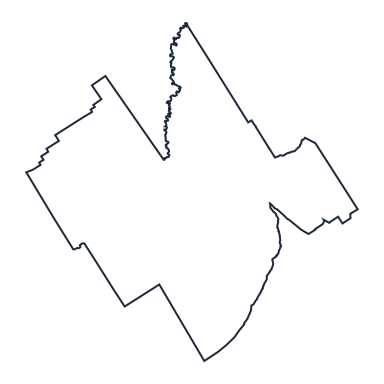 Pilar, Buenos Aires, Argentina
{"feature_id": "61730980B18176537921134", "entity_name": "Pilar", "entity_type": "district", "adm_level": 2, "iso_a3": "ARG", "parent_name": "Argentina", "parent_adm1": "Buenos Aires", "projection": "albers", "projection_center": [-58.875, -34.443], "detail": "fine", "context": "isolated", "style": "outline", "palette": "slate", "viewbox_px": 384, "rotation_deg": 0, "n_neighbors": 0, "source": "geoboundaries", "source_scale": "gbopen_adm2", "svg_char_len": 5936}
<svg xmlns="http://www.w3.org/2000/svg" viewBox="0 0 384 384"><path d="M308.5,234.0L315.2,229.8L314.9,229.3L322.6,224.2L324.4,221.0L323.7,219.8L329.3,222.8L329.6,222.3L338.1,216.7L342.5,223.5L350.5,218.2L350.3,213.8L357.7,209.3L315.4,143.2L304.3,137.4L304.7,138.0L304.7,138.3L304.2,138.6L303.9,139.1L303.0,139.9L302.1,140.0L301.9,140.1L301.4,141.8L301.5,142.1L300.8,144.0L300.1,144.7L300.1,144.9L300.3,145.1L300.1,145.7L298.8,147.3L298.3,147.4L294.7,151.1L294.2,151.4L293.0,151.3L292.1,151.7L291.6,151.7L291.2,152.2L290.8,152.3L289.7,152.3L289.2,152.8L288.2,152.9L285.7,154.0L284.9,154.9L283.6,155.5L282.0,155.6L280.0,155.2L279.0,156.0L276.9,156.9L275.6,157.1L275.0,157.6L255.6,126.7L255.8,126.4L253.9,124.1L251.5,120.4L248.2,122.4L211.0,62.9L187.7,26.0L187.5,25.9L187.0,23.8L186.8,23.3L186.2,23.0L185.3,23.1L185.1,23.4L185.5,24.6L186.4,25.7L186.5,26.4L186.3,26.6L186.0,26.6L184.7,25.8L183.6,25.7L183.2,25.9L183.2,26.3L183.9,26.8L184.0,27.2L183.8,27.6L182.5,28.2L180.8,27.8L180.5,27.8L180.2,28.1L180.1,28.7L180.8,29.9L180.7,30.5L179.8,32.1L178.2,33.1L177.6,33.7L178.0,34.5L178.3,34.8L179.7,34.9L179.9,35.2L179.9,35.8L179.4,36.7L179.1,37.6L178.3,38.0L177.1,37.7L176.1,39.1L175.8,39.2L175.2,38.3L174.5,37.7L173.9,37.7L173.6,37.8L173.5,38.1L173.4,38.5L174.3,40.4L173.8,41.8L173.8,42.1L174.3,42.6L176.1,43.5L176.6,44.0L176.7,44.6L176.4,45.5L175.9,45.4L174.5,44.5L172.4,44.1L171.6,44.2L171.2,44.7L171.0,47.1L170.7,48.0L171.0,49.0L171.8,50.5L171.9,51.4L172.7,53.3L172.6,53.7L172.2,54.1L170.6,54.3L170.0,55.2L170.0,55.7L170.1,56.0L170.6,56.2L173.2,56.5L173.7,56.9L173.9,57.5L173.8,57.9L173.1,58.9L172.1,60.5L170.8,61.3L170.3,62.0L170.5,62.7L171.3,62.9L171.5,63.1L170.9,65.0L171.0,66.7L171.3,67.3L173.7,67.4L174.1,67.6L174.7,68.3L174.7,68.8L174.4,69.7L174.0,69.9L172.5,69.6L172.2,69.6L171.9,69.8L172.0,70.3L172.5,70.6L172.5,71.1L172.5,71.4L171.8,71.9L171.8,72.4L172.9,72.8L173.6,73.5L173.7,73.8L173.7,74.8L173.3,75.2L172.0,74.9L171.4,75.3L170.4,77.1L170.2,77.9L170.3,78.2L171.7,79.1L172.3,79.9L173.7,81.5L173.7,81.8L172.3,83.1L172.0,83.6L172.2,84.2L172.7,84.4L174.2,83.4L174.5,83.5L175.0,84.5L176.3,84.9L177.8,85.9L180.3,87.0L180.7,87.4L180.8,87.7L180.4,88.2L180.1,88.2L179.5,88.0L179.2,88.1L179.0,88.5L179.0,88.8L179.9,89.5L180.1,90.1L179.3,91.3L179.1,92.0L178.4,92.3L177.5,91.5L177.0,91.4L176.7,91.6L176.2,92.5L176.2,92.8L176.2,93.1L176.9,94.4L176.8,94.9L176.6,95.2L174.6,96.2L174.1,96.0L173.5,95.3L173.1,95.2L170.6,96.5L170.3,97.0L171.1,98.0L171.4,98.8L171.1,99.9L170.7,100.8L170.5,101.0L167.8,101.3L167.2,101.9L166.7,102.7L167.0,103.0L167.5,103.1L169.5,102.8L169.9,103.3L169.9,103.9L168.9,104.7L168.8,105.0L168.8,105.4L169.5,106.1L169.8,106.6L169.8,107.0L169.0,107.9L169.0,108.5L170.2,108.6L170.4,108.7L170.4,109.2L170.2,109.5L169.1,110.0L168.8,110.4L168.9,110.8L169.4,111.7L170.4,112.5L170.7,112.9L170.7,113.7L170.5,114.1L169.9,114.3L169.0,113.5L168.5,113.5L168.2,113.9L168.3,114.3L169.8,115.9L170.1,116.6L169.8,116.9L169.3,117.0L169.1,116.9L168.7,115.9L168.1,115.7L167.6,115.8L166.1,116.8L165.9,117.3L166.2,117.8L167.5,118.8L168.1,120.0L168.1,120.4L167.8,120.7L167.4,120.8L165.9,120.6L165.1,120.8L164.9,121.1L164.8,121.3L164.9,121.7L165.8,122.3L166.0,122.7L165.9,123.7L166.4,124.8L166.1,125.7L165.2,126.4L166.1,126.5L166.7,126.9L166.9,127.8L166.4,129.0L166.1,129.3L164.3,129.6L164.4,130.2L165.9,131.3L166.3,131.6L166.4,131.9L166.1,133.8L165.3,134.4L165.1,134.9L165.6,135.9L165.3,137.1L165.8,137.9L165.8,138.6L165.6,140.1L165.8,140.7L166.3,141.3L167.7,141.5L168.4,142.1L168.5,142.5L168.1,143.1L165.8,144.8L165.7,145.6L166.5,146.0L166.6,146.4L166.2,147.1L166.2,147.7L167.6,148.5L168.4,149.3L168.9,150.4L169.0,151.8L167.9,152.9L167.7,153.5L168.0,154.0L169.3,154.9L169.3,155.7L168.6,156.9L168.3,157.0L167.3,156.8L166.7,157.2L166.1,158.0L165.9,158.1L164.8,158.0L164.5,158.1L164.3,158.5L164.6,159.4L164.4,159.8L163.7,159.8L105.4,76.0L91.9,85.4L101.4,99.2L93.4,104.9L94.8,106.9L90.7,109.6L92.1,111.9L86.3,115.5L86.0,115.5L55.2,135.1L58.9,140.9L46.5,148.8L48.2,151.8L41.2,156.3L43.5,159.8L39.2,162.6L40.5,164.9L32.9,169.7L26.3,172.3L53.9,218.2L73.3,249.4L74.9,249.2L77.1,248.0L78.7,248.2L79.5,247.9L80.4,246.9L80.3,246.4L79.8,245.8L79.8,245.5L80.5,244.6L82.2,243.4L84.3,243.4L96.6,262.6L113.8,289.9L124.7,306.5L159.3,284.5L204.3,361.0L218.4,351.6L226.5,344.9L234.6,337.1L239.0,330.7L244.2,324.3L244.3,324.0L244.1,323.8L244.1,323.4L244.5,322.5L244.8,322.0L246.2,320.7L246.8,319.4L247.6,318.5L247.7,317.9L248.2,317.0L248.8,315.3L249.5,314.1L250.7,311.1L251.0,310.0L251.0,309.2L251.4,306.5L251.3,306.0L251.3,305.6L252.5,305.0L253.7,304.1L254.2,303.0L254.7,302.4L255.4,300.9L256.8,299.6L257.2,298.1L258.6,295.7L259.7,294.2L259.8,293.8L259.7,293.6L260.8,292.4L260.8,291.9L261.2,291.2L261.2,290.9L261.7,290.2L261.6,289.9L262.4,288.8L262.8,288.6L262.7,287.6L263.0,287.1L263.0,286.2L263.8,285.5L263.9,285.1L263.9,284.4L264.3,283.7L264.4,283.3L265.2,282.2L266.3,280.2L266.8,278.9L266.8,277.9L266.9,277.7L266.8,276.4L267.1,275.3L268.4,274.0L269.4,272.0L269.7,272.0L269.9,271.4L270.4,270.8L270.6,270.1L271.2,269.7L271.9,268.2L272.1,267.2L272.6,266.7L273.2,263.5L272.6,261.2L272.5,260.1L272.2,259.6L272.3,259.4L274.0,257.9L275.1,257.3L275.5,256.9L276.2,256.6L276.2,256.0L276.5,255.2L277.1,255.3L277.6,254.7L277.9,253.8L278.5,253.1L278.7,251.8L279.0,250.5L279.6,249.5L280.1,248.2L280.1,247.6L280.4,247.0L281.1,246.4L281.1,246.1L280.5,245.1L280.6,244.2L280.1,243.9L279.8,243.1L279.7,241.7L280.2,240.7L280.1,238.6L279.8,237.2L280.0,236.1L279.7,235.7L279.4,233.6L279.0,232.8L279.0,231.7L278.4,231.3L278.6,230.4L278.1,229.5L278.2,229.2L277.9,228.1L277.4,227.9L277.2,227.5L277.2,226.8L277.4,226.2L277.5,224.6L278.2,222.4L277.8,221.7L278.0,221.2L277.9,220.5L278.4,219.6L278.4,219.1L277.1,216.6L276.2,215.3L276.1,214.2L275.4,213.6L274.9,212.7L273.2,211.6L272.6,210.4L271.1,208.9L270.3,207.6L270.2,204.2L270.0,203.5L270.4,203.7L275.1,208.5L276.9,209.2L283.8,215.3L287.3,218.9L289.1,219.8L301.3,229.8L308.5,234.0Z" fill="none" stroke="#1e293b" stroke-width="2"/></svg>